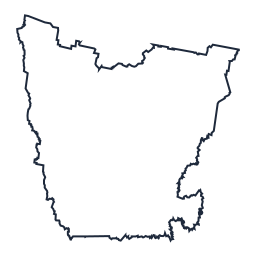 the district of Glen Innes Severn, New South Wales, Australia
{"feature_id": "25037944B18987498065819", "entity_name": "Glen Innes Severn", "entity_type": "district", "adm_level": 2, "iso_a3": "AUS", "parent_name": "Australia", "parent_adm1": "New South Wales", "projection": "equal_earth", "projection_center": [152.111, -29.631], "detail": "fine", "context": "isolated", "style": "outline", "palette": "slate", "viewbox_px": 256, "rotation_deg": 0, "n_neighbors": 0, "source": "geoboundaries", "source_scale": "gbopen_adm2", "svg_char_len": 5779}
<svg xmlns="http://www.w3.org/2000/svg" viewBox="0 0 256 256"><path d="M199.9,217.5L199.4,214.8L201.6,214.0L202.3,212.8L202.0,211.8L201.3,211.6L199.9,213.7L199.0,213.8L198.9,212.2L201.2,210.7L200.8,210.1L199.5,210.1L199.2,209.1L199.9,208.6L201.4,208.9L202.8,207.9L201.8,205.2L202.7,201.6L201.9,199.3L203.3,198.2L202.7,196.9L201.0,195.9L201.1,194.4L202.1,193.7L200.7,192.1L200.3,190.1L199.6,190.8L199.0,190.4L195.4,195.5L193.7,194.8L192.2,195.6L191.7,195.2L190.5,195.7L190.4,196.3L189.1,197.5L187.3,197.3L186.1,195.8L184.4,196.5L183.7,197.5L183.9,198.6L182.7,198.8L177.5,196.7L177.9,194.9L177.5,192.1L178.0,192.0L178.5,190.5L179.0,191.2L179.5,190.5L179.1,189.0L177.9,188.4L178.3,187.4L179.1,187.1L178.8,185.9L179.6,184.5L178.8,184.4L179.2,183.1L177.9,183.1L179.3,181.6L179.3,180.0L180.0,178.7L181.3,178.1L182.9,178.7L181.4,177.5L181.7,176.6L183.1,176.8L182.2,175.7L182.8,174.3L182.4,173.4L185.0,172.9L184.7,171.3L185.8,170.3L185.5,168.7L186.6,167.7L187.5,165.7L190.1,165.5L190.8,163.8L191.9,164.4L193.4,163.7L194.6,164.2L196.0,163.1L196.4,164.6L197.4,164.4L198.3,162.3L196.9,160.6L197.2,159.3L196.2,157.8L197.6,156.0L198.5,155.9L197.8,151.6L199.6,150.0L197.7,148.4L197.7,147.5L199.4,145.7L199.8,143.8L200.8,142.9L200.9,140.1L201.8,138.1L202.4,138.2L202.9,140.3L203.7,141.1L204.7,139.1L206.8,138.7L207.1,137.0L207.6,137.8L208.5,137.8L208.2,135.2L208.7,134.0L211.5,135.1L211.7,132.9L213.8,130.9L217.7,103.5L218.8,101.8L224.8,98.3L224.7,97.3L225.4,96.7L228.7,95.2L229.7,93.7L229.5,92.8L230.3,92.3L225.2,74.6L226.4,74.8L227.0,70.7L228.5,71.0L229.8,61.7L229.5,61.1L231.9,61.0L233.2,59.4L234.6,59.4L235.4,56.3L235.1,55.3L236.5,54.5L236.4,53.5L237.2,53.0L236.9,52.2L237.5,51.6L237.7,50.3L238.8,50.2L238.8,49.6L212.8,44.7L210.9,47.3L209.5,46.2L207.7,47.8L207.5,51.0L206.1,54.9L199.0,53.5L198.8,54.3L197.6,54.4L195.8,52.5L194.3,52.9L193.9,52.3L173.0,48.5L173.5,49.5L168.0,48.6L168.1,47.2L161.0,45.9L160.9,46.8L159.2,46.6L159.5,46.3L158.4,46.1L158.5,45.5L152.8,44.5L153.8,45.4L153.9,47.8L153.0,47.6L151.6,49.5L148.2,52.0L146.3,50.5L142.9,53.2L142.8,54.3L144.2,56.1L144.2,57.3L144.8,58.0L143.3,60.4L142.1,61.0L142.2,62.2L142.9,62.9L142.4,63.5L138.3,63.7L135.9,66.2L134.3,66.7L131.9,66.0L129.2,64.3L127.5,65.5L127.4,66.5L126.4,66.7L122.5,65.0L122.0,63.9L118.5,63.4L114.4,66.6L113.7,66.5L113.6,67.2L112.7,67.1L112.6,68.1L111.6,67.9L111.5,69.0L101.9,67.1L101.6,66.0L99.1,69.4L99.2,68.6L96.2,65.5L95.4,64.0L96.6,58.2L98.0,57.2L98.5,53.8L94.0,53.0L95.4,49.4L94.3,48.5L79.7,45.4L78.9,44.2L79.9,42.7L79.5,42.9L79.0,41.3L76.2,40.8L75.5,46.4L71.5,45.7L71.1,48.9L59.9,46.2L60.1,44.9L57.8,44.5L58.4,40.2L56.6,39.9L58.2,30.6L58.0,27.9L53.0,27.0L50.4,23.4L44.9,22.4L28.2,16.0L25.0,15.4L24.4,19.8L25.0,20.5L24.2,21.7L24.0,22.5L24.5,23.0L23.7,24.2L24.4,24.1L25.0,24.9L23.5,26.5L22.3,26.9L21.7,28.0L17.2,29.0L17.5,32.8L18.4,34.4L18.3,36.6L19.2,37.9L18.9,39.5L20.7,41.3L20.5,42.4L21.4,41.7L22.4,42.2L22.7,44.4L23.5,45.8L23.0,47.7L23.6,48.7L23.6,49.7L24.5,50.3L24.6,54.4L24.3,55.5L23.6,55.9L24.5,57.8L23.3,60.0L23.9,63.5L23.8,65.8L24.3,67.2L23.9,71.1L27.7,73.2L25.6,88.5L28.1,92.9L29.2,93.6L28.5,95.3L30.1,98.2L30.2,98.7L29.2,100.1L30.6,103.6L30.1,104.8L30.4,105.7L29.2,108.7L28.4,109.3L27.8,112.5L27.5,115.7L27.8,120.1L29.5,121.0L29.1,123.8L30.9,124.1L30.8,125.1L31.5,125.3L31.3,126.7L32.3,126.9L32.7,128.9L32.2,130.4L33.9,130.7L35.7,133.1L35.8,131.8L36.3,131.9L36.1,133.1L37.5,133.4L37.5,136.7L38.8,137.6L38.7,139.0L39.7,139.2L39.3,140.6L40.3,140.8L39.8,144.1L37.2,143.7L37.1,144.6L36.6,144.6L36.2,147.5L37.3,149.2L37.5,151.4L39.0,153.0L38.4,158.0L37.3,157.8L37.2,159.1L36.1,159.0L36.0,159.7L34.7,159.5L34.3,162.5L36.6,162.9L36.4,164.0L43.4,165.3L43.0,171.8L43.6,172.3L43.5,173.9L45.2,177.2L44.0,180.1L44.0,183.8L44.8,185.3L44.7,187.6L47.1,191.0L47.4,192.7L47.0,193.3L47.3,196.1L46.6,199.4L48.0,199.9L49.4,198.7L51.5,199.0L52.2,198.2L53.5,199.4L53.2,200.4L54.0,201.9L53.5,202.3L51.7,207.2L53.2,208.9L54.0,211.1L54.7,211.3L54.0,213.9L55.8,214.4L55.5,219.6L56.1,220.4L59.2,220.5L59.6,221.7L59.5,223.3L60.6,225.6L63.1,226.3L64.3,227.4L64.8,229.3L66.6,228.2L67.8,228.9L68.3,228.3L68.8,228.8L68.9,231.7L67.9,231.7L67.8,233.1L67.9,234.5L68.4,235.0L67.4,235.1L68.8,235.5L70.5,239.5L71.0,239.5L71.3,237.8L71.9,238.0L73.0,236.4L85.0,236.4L85.2,236.9L86.0,236.4L109.2,236.1L109.5,237.7L111.5,239.2L112.3,238.3L115.8,238.3L116.4,237.8L117.0,238.8L118.3,238.9L118.9,240.1L120.7,240.6L125.4,235.1L125.4,235.7L126.4,236.2L127.0,237.4L128.1,236.5L128.0,237.2L129.2,238.9L131.7,237.3L131.7,236.4L135.6,236.5L137.8,235.7L138.0,237.2L141.8,236.4L142.7,237.3L143.6,237.3L145.7,236.0L147.5,236.8L149.3,236.5L149.8,237.8L150.8,236.7L150.7,237.5L151.5,238.2L153.5,235.1L154.7,235.4L155.0,237.6L155.6,238.1L156.6,237.6L157.0,236.7L158.6,238.3L158.9,237.8L158.3,236.9L159.0,235.7L159.8,235.2L160.5,235.9L163.1,236.1L164.5,235.2L165.0,233.1L166.2,236.2L168.0,235.4L168.4,236.6L169.2,236.7L170.6,240.4L171.2,239.4L173.0,239.1L171.8,237.0L172.7,236.6L171.9,235.6L172.4,234.7L171.4,234.5L170.9,233.0L171.2,232.5L172.4,233.0L172.6,232.3L170.0,229.5L170.9,229.4L171.0,228.4L171.7,228.5L171.8,227.4L169.8,226.3L170.3,225.2L169.5,224.3L169.7,223.3L169.1,222.3L170.8,220.1L172.1,220.2L172.4,219.5L173.1,219.5L173.3,218.5L174.2,220.2L175.8,221.1L176.6,220.3L177.9,220.3L178.2,218.1L180.3,219.3L181.6,218.4L181.8,218.9L180.3,220.3L182.3,220.3L182.4,220.9L181.6,221.3L181.8,222.9L182.8,222.0L183.1,220.8L183.9,221.4L184.1,222.6L182.2,223.8L182.7,225.6L183.5,225.5L183.9,228.0L184.6,228.4L185.2,227.8L186.2,228.6L186.5,228.3L186.0,227.3L187.1,227.2L188.9,228.3L189.3,230.9L189.9,230.1L189.7,228.9L190.6,229.6L191.7,228.9L192.2,229.8L193.4,228.1L194.5,228.8L194.1,227.1L194.6,226.1L194.1,224.7L195.6,224.9L196.8,224.0L198.8,224.6L198.7,223.9L197.3,222.4L198.5,221.0L198.6,217.6L199.9,217.5Z" fill="none" stroke="#1e293b" stroke-width="2"/></svg>